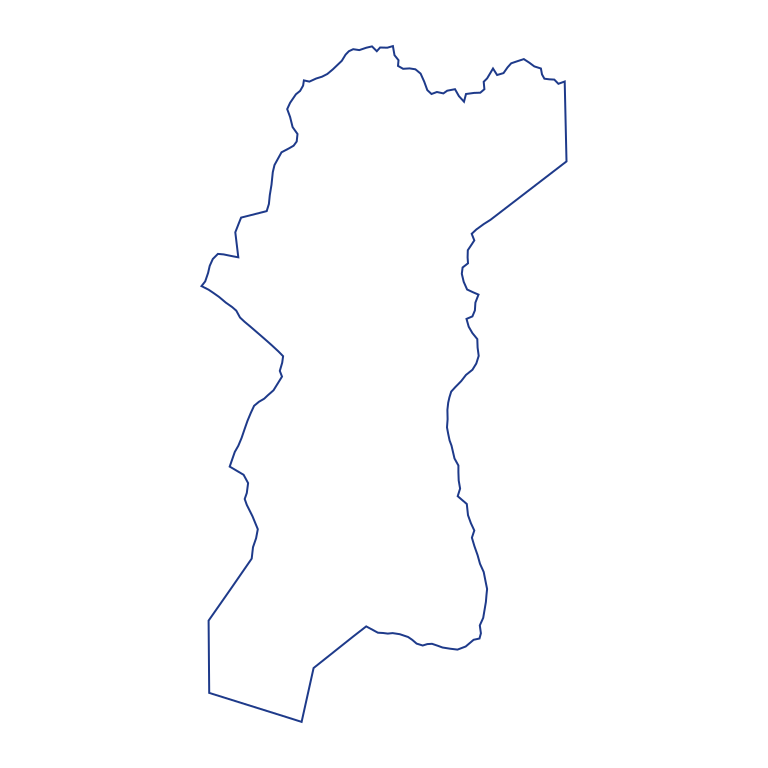 Missão Velha, Ceará, Brazil (Natural Earth projection)
{"feature_id": "56859067B60550898814299", "entity_name": "Missão Velha", "entity_type": "district", "adm_level": 2, "iso_a3": "BRA", "parent_name": "Brazil", "parent_adm1": "Ceará", "projection": "natural_earth1", "projection_center": [-39.144, -7.317], "detail": "fine", "context": "isolated", "style": "outline", "palette": "blue", "viewbox_px": 768, "rotation_deg": 0, "n_neighbors": 0, "source": "geoboundaries", "source_scale": "gbopen_adm2", "svg_char_len": 2625}
<svg xmlns="http://www.w3.org/2000/svg" viewBox="0 0 768 768"><path d="M478.5,294.6L473.1,292.3L467.1,289.5L463.7,281.8L461.8,273.8L462.6,267.5L468.0,263.3L467.6,257.4L467.8,250.2L470.7,245.9L474.3,240.4L471.7,233.8L476.3,229.5L483.7,224.1L490.5,219.8L566.5,161.4L564.7,81.5L558.4,83.8L554.3,79.6L549.2,79.3L544.4,78.7L542.0,74.4L540.9,68.5L534.3,66.4L529.2,62.6L523.8,59.1L516.5,61.5L511.2,63.3L507.6,67.3L503.5,73.1L497.1,75.0L493.0,68.5L489.8,73.9L487.1,78.4L483.7,81.8L484.4,89.2L480.3,92.7L474.2,92.9L466.0,94.0L464.0,101.7L458.9,96.1L455.0,89.2L447.2,90.7L443.4,93.4L436.9,92.0L431.5,94.0L427.3,90.1L424.2,81.6L420.6,73.6L415.4,69.3L409.5,68.4L403.1,68.8L398.0,65.9L398.5,60.2L394.5,55.2L392.9,46.1L387.3,47.7L380.1,47.5L376.8,51.2L372.0,46.4L366.4,47.7L359.3,50.1L353.2,49.2L348.9,51.2L345.6,54.6L341.8,60.8L332.9,69.3L327.3,74.0L322.0,76.7L316.2,78.5L309.4,81.6L303.9,80.4L303.1,85.6L300.1,90.9L295.9,94.3L290.1,102.8L287.2,109.1L290.1,117.0L292.6,127.1L297.5,134.0L296.7,141.5L293.6,145.7L289.1,148.3L281.5,152.3L274.5,165.0L272.8,172.1L271.5,184.7L269.8,195.1L268.9,204.0L266.7,211.1L241.1,217.6L238.7,223.6L235.3,232.3L238.3,257.3L233.4,256.4L228.4,255.4L223.6,254.4L217.9,253.9L212.8,259.0L209.7,265.9L208.1,272.9L205.2,281.4L201.5,286.1L208.6,289.7L213.5,293.0L218.9,296.8L225.8,302.6L232.2,307.1L236.3,310.7L240.0,317.5L244.6,321.8L250.7,326.9L263.9,338.3L271.7,345.2L278.4,351.4L283.1,356.2L282.2,362.7L279.8,370.9L282.0,376.6L273.5,390.3L267.8,395.3L264.2,398.7L258.9,401.8L254.1,405.8L250.8,412.9L247.5,420.8L244.7,428.8L241.6,437.9L238.3,445.8L234.8,451.9L229.7,466.6L243.6,474.8L248.1,483.1L246.8,493.0L244.7,499.0L246.8,504.9L252.5,516.3L257.8,529.2L256.1,538.2L253.0,547.2L251.7,558.6L230.9,588.7L208.6,620.6L209.2,692.9L293.8,719.4L301.6,721.9L313.6,668.0L353.2,636.5L366.2,626.4L377.9,632.7L383.1,633.0L387.8,633.6L392.6,633.1L399.8,634.2L408.1,637.0L412.2,639.8L416.6,643.6L422.7,645.5L427.3,644.1L432.0,643.8L437.9,645.8L442.5,647.5L450.1,648.7L457.5,649.6L465.7,646.5L473.6,639.8L479.5,638.5L480.9,633.3L479.8,625.4L483.2,617.9L485.9,601.9L486.5,594.7L487.1,589.0L485.9,583.1L483.7,572.0L480.0,563.8L477.6,555.2L474.4,546.1L471.9,537.7L474.3,530.5L470.9,523.2L468.0,515.2L466.8,504.0L457.7,496.2L460.1,488.6L458.7,480.5L458.4,472.1L458.4,465.5L454.5,458.5L451.5,445.6L449.6,440.5L448.2,433.9L447.0,427.4L447.6,419.2L447.4,409.9L448.2,402.7L449.4,397.4L451.2,391.6L455.3,387.1L461.2,381.1L466.0,374.9L472.4,369.8L476.3,363.5L478.7,355.9L477.6,347.6L477.3,339.1L472.4,333.1L468.7,326.7L466.5,318.9L472.4,316.4L474.9,310.4L475.4,302.6L478.5,294.6Z" fill="none" stroke="#1e3a8a" stroke-width="2"/></svg>